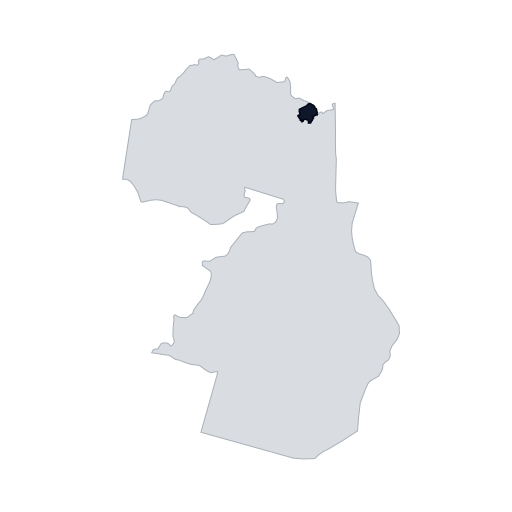 Chipangali, Eastern, Zambia (highlighted), rotated 288°
{"feature_id": "96606910B61559073197846", "entity_name": "Chipangali", "entity_type": "district", "adm_level": 2, "iso_a3": "ZMB", "parent_name": "Zambia", "parent_adm1": "Eastern", "projection": "albers", "projection_center": [32.482, -13.317], "detail": "fine", "context": "in_parent", "style": "filled", "palette": "ink", "viewbox_px": 512, "rotation_deg": 288, "n_neighbors": 0, "source": "geoboundaries", "source_scale": "gbopen_adm2", "svg_char_len": 6643}
<svg xmlns="http://www.w3.org/2000/svg" viewBox="0 0 512 512"><g transform="rotate(288 256 256)"><path d="M337.9,337.0L317.1,337.3L309.5,339.1L303.3,341.7L295.9,345.9L291.7,348.7L290.5,350.3L290.0,353.8L290.1,359.1L289.4,362.9L287.2,366.4L276.0,370.8L268.7,374.4L261.6,378.6L256.3,384.1L252.7,390.7L246.7,398.9L234.0,413.6L226.6,416.4L220.4,416.0L212.7,413.1L206.7,412.7L202.3,414.7L198.2,414.2L194.4,411.3L191.2,410.3L188.6,411.2L185.4,411.1L179.4,409.6L174.0,404.6L171.2,402.6L169.0,401.9L162.8,401.2L148.6,400.5L133.9,403.5L121.0,406.6L107.4,395.6L94.2,384.0L91.4,381.0L86.4,377.1L82.9,375.3L81.5,374.4L77.6,363.7L75.3,353.8L71.3,258.1L130.1,255.8L133.9,255.3L134.0,254.3L131.1,249.2L131.2,247.4L131.8,243.9L134.2,236.9L134.2,234.6L132.8,227.1L132.8,222.9L133.2,214.3L132.6,211.4L133.9,207.6L134.3,205.0L134.8,203.9L134.0,201.0L132.5,190.9L131.7,186.7L135.2,187.2L136.5,189.3L137.2,191.5L138.9,191.6L143.1,192.8L144.7,194.6L145.8,198.7L145.2,200.8L143.9,202.5L145.3,203.9L148.2,204.8L149.8,204.5L154.5,201.6L158.9,200.4L161.1,199.6L170.8,197.5L172.8,196.4L174.1,196.4L175.1,197.2L174.3,200.1L174.1,202.6L175.4,207.4L176.4,209.7L178.5,211.2L180.0,212.0L181.7,213.7L185.1,213.3L192.7,215.6L195.0,216.7L198.1,217.7L200.4,218.1L208.1,218.8L216.3,219.9L220.5,220.0L223.5,219.5L225.6,218.8L226.9,218.0L227.5,217.3L230.3,208.1L231.9,207.3L233.9,206.8L235.1,207.6L236.5,213.4L242.5,218.5L244.6,222.8L246.2,226.5L247.5,227.5L249.8,228.8L253.3,229.2L256.5,229.2L272.5,235.3L274.2,236.5L276.2,239.9L277.5,243.7L278.8,246.7L280.8,247.3L282.6,247.5L284.5,249.5L285.9,251.3L290.7,258.8L291.4,261.8L293.7,263.8L296.8,264.6L299.6,264.7L301.2,263.7L305.2,262.1L308.4,260.3L310.7,259.7L312.0,260.0L313.1,261.3L313.8,265.0L316.1,266.3L317.7,265.7L318.3,264.3L318.4,263.5L317.9,224.1L316.4,224.4L314.6,225.6L310.4,225.7L308.8,226.6L308.3,227.9L308.7,229.5L308.8,231.7L308.2,232.8L306.3,233.2L303.7,232.4L298.8,231.3L294.8,230.7L291.9,227.8L287.9,223.4L285.3,221.2L279.1,216.6L278.0,215.7L276.1,213.6L274.4,209.9L272.8,205.6L271.9,203.0L273.3,198.8L276.8,185.0L277.5,180.8L280.5,176.4L280.6,172.6L279.3,167.6L279.6,164.9L279.8,149.3L278.9,144.4L276.7,139.0L272.1,131.4L272.1,129.8L279.0,124.7L281.0,122.9L284.6,118.8L286.9,115.4L288.5,112.6L288.9,109.0L287.7,105.6L290.1,104.9L347.3,95.6L348.2,97.9L349.9,101.8L351.9,104.6L354.4,107.1L356.5,108.6L357.9,109.0L366.7,108.8L369.9,110.3L372.6,112.2L373.3,115.2L375.2,117.1L377.1,118.5L378.0,118.7L379.4,118.4L381.8,118.3L383.9,118.9L385.0,119.6L385.1,122.1L385.8,123.2L388.7,123.6L391.8,123.8L394.7,125.5L397.9,125.8L401.5,126.5L403.3,128.3L407.1,130.2L411.9,131.9L417.1,134.6L417.2,135.5L418.1,137.1L419.1,138.3L419.1,140.0L419.6,141.6L420.9,142.0L422.0,142.1L423.0,141.0L424.4,141.0L426.0,141.7L426.5,143.6L427.7,146.1L429.6,147.8L430.9,149.4L430.5,152.4L429.6,155.1L432.2,157.8L435.6,160.3L436.6,161.5L436.8,165.3L437.3,166.6L439.6,169.7L440.7,171.8L440.7,173.0L434.4,179.2L430.6,180.2L428.9,181.5L427.9,182.8L430.4,189.0L431.7,191.4L430.6,194.3L428.1,199.3L427.0,199.8L426.8,203.6L427.5,205.0L428.7,206.1L429.2,208.6L429.1,215.0L427.5,222.3L430.3,228.7L431.2,229.4L435.1,229.4L435.7,230.0L434.8,231.8L432.1,234.6L427.2,236.7L420.2,239.1L418.7,241.4L417.8,244.7L418.5,246.7L419.5,247.8L419.2,250.7L418.5,253.8L418.7,256.2L418.4,258.4L417.5,259.4L416.3,262.6L414.8,265.9L413.6,267.4L411.8,268.9L409.0,270.2L409.1,270.9L412.2,272.4L413.0,273.4L413.3,274.1L412.0,275.7L413.5,276.7L415.2,277.6L416.9,279.7L418.8,283.8L419.1,284.2L419.7,284.3L420.7,283.8L422.7,282.2L424.1,281.6L425.7,284.0L396.5,294.0L389.7,296.0L379.4,299.6L376.1,300.9L373.5,302.3L346.4,310.3L342.1,311.8L332.6,315.9L332.3,316.6L332.4,318.4L333.3,322.2L335.0,325.6L336.4,327.5L337.3,332.6L337.9,337.0Z" fill="#d9dde1" stroke="#a8b0b8" stroke-width="1"/><path d="M417.6,260.0L416.6,258.6L416.4,258.4L415.1,258.0L414.8,258.0L409.0,252.0L408.8,251.9L408.7,252.0L408.1,252.5L407.9,252.5L407.7,252.5L407.6,252.4L407.4,252.3L407.2,252.2L407.0,252.3L406.9,252.5L406.7,252.7L406.6,252.8L406.4,252.9L406.2,252.9L406.1,253.1L405.9,253.1L405.7,253.2L405.6,253.3L405.5,253.5L405.4,253.5L405.2,253.7L405.2,253.8L404.9,253.9L404.7,253.9L404.4,253.8L404.2,253.8L404.0,254.0L403.9,254.0L403.7,253.9L403.6,253.7L403.5,253.4L403.3,253.4L403.2,253.3L403.2,253.2L402.9,253.1L402.9,252.9L402.7,252.7L402.3,252.5L402.2,252.6L401.9,252.8L401.7,252.9L401.6,253.0L401.6,253.4L401.5,253.6L401.4,253.7L401.4,253.8L401.2,254.0L400.8,254.2L400.7,254.3L400.6,254.5L400.5,254.8L400.4,254.9L400.3,255.1L400.2,255.1L400.2,255.3L399.9,255.5L399.7,255.6L399.6,255.8L399.4,256.0L399.5,256.1L399.4,256.2L399.5,256.3L399.6,256.5L399.4,256.6L399.4,256.8L399.2,256.9L399.1,257.0L398.9,257.0L398.8,256.9L398.8,257.0L398.7,257.0L398.8,257.0L398.7,257.1L398.5,257.3L398.4,257.4L398.5,257.5L398.5,257.8L398.4,257.8L398.2,258.0L398.3,258.0L398.2,258.0L398.3,258.3L398.5,258.4L398.5,258.5L398.4,258.5L398.5,258.7L398.5,258.8L398.8,258.9L398.8,259.0L399.0,259.0L399.1,258.9L399.3,258.8L399.5,258.9L399.6,259.0L399.8,259.2L400.0,259.2L400.3,259.1L400.2,259.2L400.3,259.2L400.4,259.3L400.5,259.3L400.5,259.2L400.6,259.3L400.8,259.4L400.8,259.5L400.9,259.9L401.1,260.2L401.2,260.5L401.3,260.6L401.4,260.8L401.4,261.0L401.3,261.4L401.2,261.6L401.2,261.8L401.2,262.1L401.5,262.4L401.5,262.5L401.4,262.7L401.5,263.0L401.4,263.1L401.5,263.3L401.4,263.5L401.2,263.6L401.0,263.8L400.8,264.1L400.5,264.2L400.1,264.3L399.9,264.3L398.7,264.8L399.0,265.2L399.0,265.3L399.0,265.5L398.9,265.7L399.0,266.0L399.2,266.3L399.2,266.5L399.3,266.6L399.5,266.8L399.7,266.7L399.8,266.7L399.8,266.8L400.1,267.0L400.3,266.9L400.8,267.0L401.1,267.0L401.4,267.0L401.5,267.0L401.7,267.3L401.8,267.4L402.3,267.6L402.6,267.5L403.1,267.6L403.8,267.6L404.1,267.8L404.7,268.0L404.7,267.9L404.7,267.7L404.9,267.1L405.2,266.9L405.3,266.8L405.6,266.9L405.9,267.0L406.0,267.1L406.1,267.3L406.2,267.2L406.2,267.3L406.3,267.4L406.5,267.4L406.8,267.5L407.0,267.6L407.0,267.8L407.2,268.0L407.3,268.1L407.2,268.2L407.3,268.3L407.5,268.4L407.4,268.4L407.5,268.5L407.5,268.4L407.6,268.5L407.8,268.7L408.0,268.7L408.3,268.7L408.4,268.9L408.5,269.0L408.6,269.3L408.7,269.5L408.8,269.8L408.9,270.0L409.1,270.2L409.0,270.4L409.0,270.5L409.3,270.7L409.6,270.5L409.6,270.4L409.6,269.9L409.8,269.7L410.1,269.6L410.6,269.9L410.9,270.0L411.4,270.0L411.6,270.0L411.8,269.7L412.0,269.3L412.2,269.1L412.4,269.1L412.6,269.1L413.0,268.9L413.2,268.7L413.3,268.6L413.8,268.5L414.4,268.0L414.6,267.9L414.8,267.6L414.7,267.0L414.6,266.1L415.1,266.0L415.5,266.1L415.9,266.0L416.1,265.7L416.9,264.4L417.1,264.0L417.2,263.5L417.2,262.6L417.5,261.7L417.7,261.0L417.7,260.7L417.8,260.1L417.6,260.0Z" fill="#0f172a" stroke="#020617" stroke-width="1.5"/></g></svg>